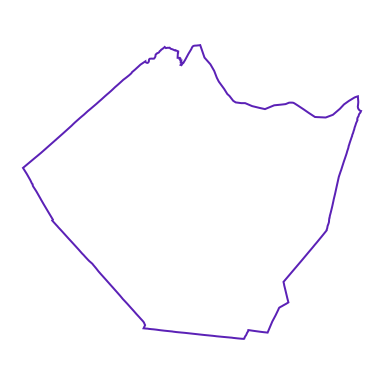 outline of Valea Ramnicului, Buzau, Romania
{"feature_id": "2599482B35359863069359", "entity_name": "Valea Ramnicului", "entity_type": "district", "adm_level": 2, "iso_a3": "ROU", "parent_name": "Romania", "parent_adm1": "Buzau", "projection": "robinson", "projection_center": [27.043, 45.336], "detail": "fine", "context": "isolated", "style": "outline", "palette": "violet", "viewbox_px": 384, "rotation_deg": 0, "n_neighbors": 0, "source": "geoboundaries", "source_scale": "gbopen_adm2", "svg_char_len": 4950}
<svg xmlns="http://www.w3.org/2000/svg" viewBox="0 0 384 384"><path d="M329.4,218.4L329.5,218.2L329.6,217.5L329.9,215.6L330.3,214.2L330.9,211.9L332.0,207.4L332.3,206.1L333.5,200.6L333.7,199.5L335.1,193.7L336.8,185.9L337.7,181.9L338.8,176.9L340.6,171.5L341.1,170.2L342.3,166.4L343.1,163.9L344.0,161.1L344.6,159.4L346.3,154.4L346.8,152.8L347.0,152.0L347.1,151.6L348.2,148.3L348.4,147.6L348.5,146.9L348.6,146.6L348.7,146.1L348.8,145.6L349.1,144.9L349.7,142.9L351.7,137.0L352.1,136.1L352.2,135.2L352.5,134.3L352.9,133.5L353.1,132.9L353.6,131.1L354.3,129.1L354.4,128.5L354.7,127.3L355.2,126.0L355.7,124.5L356.0,123.4L356.8,121.6L357.1,120.9L357.4,120.3L357.5,120.0L357.3,119.6L357.2,119.4L357.2,119.2L357.3,118.8L357.4,118.5L357.5,118.0L357.6,117.7L357.9,117.1L358.1,116.9L358.4,116.4L358.5,116.2L358.7,115.6L358.8,115.0L359.0,114.5L359.2,114.0L359.6,113.5L360.0,113.0L360.2,112.8L360.4,112.4L360.6,112.1L360.8,111.7L360.8,111.4L361.0,111.0L360.7,110.9L360.3,110.8L359.9,110.5L359.4,110.2L358.2,108.6L357.8,106.8L358.1,104.4L358.2,103.2L358.3,102.0L358.0,98.2L357.9,96.3L356.3,96.8L354.5,97.5L351.7,99.2L348.9,100.9L344.0,104.4L339.9,108.8L332.9,114.8L325.7,117.5L315.0,117.0L308.9,113.0L303.7,109.4L297.8,105.5L294.2,103.2L293.0,102.7L290.9,102.6L289.0,102.7L285.6,104.1L281.3,104.6L274.2,105.3L265.0,109.1L259.5,107.9L252.1,106.1L246.5,103.7L245.0,103.1L241.0,103.1L235.7,102.4L233.2,100.8L229.5,96.0L227.3,94.0L224.2,89.0L218.8,81.6L216.8,77.7L214.2,70.9L210.4,64.3L204.5,57.6L200.2,45.1L199.0,45.3L196.1,45.6L195.5,45.6L194.4,45.7L193.6,45.9L193.2,46.1L192.6,46.6L191.9,47.7L191.3,49.1L188.5,53.7L185.0,60.2L184.0,61.8L183.8,62.2L183.5,62.7L183.3,62.6L181.4,65.2L180.6,64.9L181.1,64.2L182.1,62.6L180.7,62.4L180.8,61.8L181.3,60.4L180.3,60.3L180.4,58.9L179.6,58.9L179.7,57.9L177.6,57.8L177.6,57.7L177.9,52.7L178.1,52.7L178.2,51.4L175.4,50.2L175.2,50.5L174.2,50.1L172.7,49.4L170.6,48.7L169.6,47.7L169.0,47.8L168.3,47.8L167.4,47.8L165.9,48.1L165.6,47.9L164.9,47.2L164.7,47.0L164.4,47.3L164.1,47.6L163.8,47.8L163.4,48.1L163.0,48.5L162.6,48.8L162.0,49.2L161.4,49.6L161.2,49.7L161.0,50.0L160.9,50.1L160.8,50.3L160.7,50.4L160.5,50.6L160.3,50.7L160.0,51.0L159.7,51.2L159.6,51.3L159.5,51.5L159.1,52.2L158.8,52.5L158.3,52.8L157.5,53.1L157.1,53.4L156.7,53.5L156.5,53.8L156.4,54.0L156.2,54.2L155.8,54.4L155.7,54.5L155.6,54.9L155.5,55.5L155.5,55.9L155.4,56.4L155.3,56.7L155.1,57.1L155.0,57.3L154.8,57.6L154.2,58.5L153.7,58.6L153.3,58.7L151.5,58.6L150.5,58.7L149.7,58.8L149.2,59.3L149.0,59.8L148.9,60.6L148.9,61.2L148.6,62.0L148.2,62.5L147.6,62.9L147.1,62.9L146.2,62.5L145.8,62.3L145.5,62.0L145.3,61.6L145.3,61.4L140.5,64.6L137.9,67.0L134.7,69.9L132.0,72.2L131.9,72.4L131.7,72.8L131.0,73.6L129.1,75.3L126.2,77.6L124.5,78.9L123.4,79.7L119.9,82.9L118.0,84.6L115.0,87.2L112.8,89.3L111.2,90.8L109.5,92.3L108.5,93.2L107.4,94.1L105.0,96.2L103.9,97.2L101.7,99.2L99.3,101.3L96.4,103.9L91.2,108.3L87.6,111.3L83.9,114.7L82.2,116.1L80.3,117.7L75.0,122.4L73.3,124.0L71.7,125.6L67.5,129.4L62.6,133.8L61.8,134.5L41.1,152.8L34.6,158.2L23.0,167.9L26.9,174.1L30.4,180.3L32.0,183.7L32.6,184.2L32.7,184.8L32.7,185.0L32.8,185.7L33.4,186.8L35.8,190.5L36.5,191.6L40.7,199.0L41.1,199.8L41.9,201.1L42.1,201.5L43.6,204.1L48.3,212.0L52.5,219.0L52.9,219.7L52.2,220.5L53.0,221.4L56.8,225.6L57.4,226.2L58.3,227.3L61.1,230.3L68.7,238.7L72.4,242.7L78.5,249.4L82.1,253.5L83.6,255.0L85.2,256.8L86.7,258.4L87.9,259.7L88.9,260.7L89.6,261.4L89.9,261.6L90.8,262.4L92.4,263.8L93.0,264.6L96.4,268.7L98.5,271.4L100.6,273.8L104.1,277.7L116.2,291.3L120.0,295.6L122.9,299.1L124.8,301.1L127.5,304.0L130.7,307.6L133.5,310.7L136.2,313.8L139.7,317.6L140.1,318.1L140.5,318.5L141.2,319.3L141.6,319.7L143.2,321.5L144.0,322.6L144.2,323.2L144.5,323.9L145.1,325.1L143.6,328.3L144.5,328.4L146.4,328.6L147.2,328.6L149.1,328.9L151.9,329.2L153.2,329.3L155.9,329.6L160.2,330.2L164.5,330.7L172.5,331.5L172.8,331.6L176.7,332.1L183.1,332.7L184.4,332.8L204.4,335.0L212.7,335.8L214.4,336.0L216.8,336.3L218.9,336.5L220.0,336.6L225.3,337.1L229.8,337.5L232.0,337.7L233.2,337.9L237.8,338.4L242.3,338.8L242.6,338.8L243.1,338.8L243.8,338.9L244.0,338.8L244.3,338.6L244.4,338.1L244.5,337.7L244.9,337.0L245.1,336.6L245.4,336.0L245.8,335.6L246.1,335.1L246.4,334.5L246.5,334.2L246.7,333.8L246.8,333.5L246.9,333.2L247.1,332.9L247.2,332.6L247.3,332.4L247.5,332.2L247.8,331.8L248.0,331.3L248.2,331.0L248.2,330.6L248.3,330.1L249.3,330.2L251.2,330.5L254.7,331.0L260.6,331.8L263.0,332.1L267.6,332.6L272.3,321.5L273.8,318.7L275.6,315.3L278.4,309.5L278.9,308.2L279.3,307.7L279.5,307.5L279.8,307.4L280.2,307.1L280.4,307.0L280.9,306.7L281.7,306.3L283.4,305.3L286.5,303.6L288.4,302.4L287.9,300.4L287.4,298.5L286.2,293.5L285.1,288.9L284.2,285.3L284.1,284.5L283.5,281.9L302.2,259.9L309.3,251.4L312.6,247.5L314.8,244.8L316.6,242.7L318.9,239.9L322.6,235.4L326.7,230.3L326.6,229.9L326.8,229.3L327.1,228.7L327.6,226.0L328.5,223.6L328.7,222.9L329.0,221.9L329.0,221.6L329.1,219.9L329.3,218.4L329.4,218.4Z" fill="none" stroke="#5b21b6" stroke-width="2"/></svg>